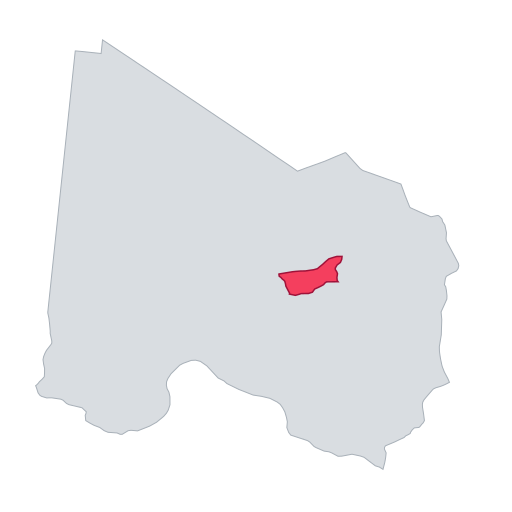 Sabha highlighted on a map of Libya, rotated 186°
{"feature_id": "LBY-2971", "entity_name": "Sabha", "entity_type": "Municipality", "adm_level": 1, "iso_a3": "LBY", "parent_name": "Libya", "parent_adm1": "", "projection": "mercator", "projection_center": [14.98, 26.993], "detail": "fine", "context": "in_parent", "style": "filled", "palette": "rose", "viewbox_px": 512, "rotation_deg": 186, "n_neighbors": 0, "source": "natural_earth", "source_scale": "10m", "svg_char_len": 3735}
<svg xmlns="http://www.w3.org/2000/svg" viewBox="0 0 512 512"><g transform="rotate(186 256 256)"><path d="M55.8,147.2L58.9,145.6L63.3,143.8L65.6,142.4L66.5,141.3L69.8,136.6L71.6,134.0L73.9,130.5L74.9,128.0L75.0,125.7L74.6,123.0L72.8,116.3L71.3,109.9L72.4,107.4L73.4,106.2L75.4,103.1L76.2,102.5L80.6,101.6L82.4,99.5L83.8,97.0L84.1,95.6L86.0,94.2L88.3,92.8L89.7,91.0L94.4,88.2L98.6,85.6L103.5,82.9L107.4,80.8L108.2,79.0L108.1,77.4L106.0,73.8L106.0,69.5L106.2,65.9L106.4,63.8L107.3,57.9L107.4,57.1L111.3,59.0L115.4,59.8L127.5,67.1L131.3,68.0L139.8,68.9L149.8,65.9L153.5,65.4L160.1,68.1L163.0,68.9L167.9,69.1L176.2,71.7L178.3,72.6L183.1,76.6L185.5,77.8L202.7,81.5L205.0,83.9L207.4,88.6L207.5,94.4L208.8,98.6L211.0,104.0L213.6,107.8L216.4,111.0L219.7,113.0L227.3,115.9L235.8,117.0L244.3,117.4L259.1,121.5L271.6,126.1L274.7,128.4L280.9,130.7L293.4,141.6L300.3,145.4L305.2,146.1L309.5,145.4L317.3,141.6L320.5,139.4L328.2,130.0L330.8,125.0L331.8,121.6L331.6,118.0L330.6,114.8L328.4,111.5L326.9,107.1L326.0,99.1L327.2,93.5L328.7,90.2L331.1,86.8L337.5,80.3L344.0,75.7L355.5,69.7L362.1,69.6L364.9,68.9L370.4,64.7L372.6,64.5L375.7,65.5L384.7,65.2L388.7,66.4L393.4,69.1L399.4,70.7L403.6,72.4L408.1,74.5L409.2,79.7L408.7,81.3L408.5,83.3L413.2,86.9L426.5,88.6L429.1,89.6L432.8,92.4L435.1,93.2L444.2,93.6L449.5,93.0L454.6,94.0L456.4,94.9L458.4,97.1L460.7,102.3L461.6,104.0L460.6,104.9L459.2,106.7L458.3,108.3L455.9,111.0L453.9,113.8L454.1,117.9L454.5,122.1L455.9,126.2L457.0,130.7L456.7,133.7L455.7,137.3L454.5,140.3L450.6,146.6L450.0,148.0L450.2,150.1L452.6,157.5L452.8,159.8L454.2,166.9L455.5,172.7L457.0,177.2L457.2,178.5L457.2,185.2L457.2,191.8L457.2,198.5L457.2,205.1L457.2,211.7L457.2,218.3L457.2,224.9L457.2,231.5L457.2,238.0L457.2,244.6L457.2,251.1L457.2,257.6L457.2,264.1L457.2,270.6L457.2,277.1L457.2,283.6L457.2,290.0L457.2,296.5L457.2,302.9L457.2,309.3L457.2,315.7L457.2,322.1L457.2,328.5L457.2,334.9L457.2,341.3L457.2,347.6L457.2,354.0L457.2,360.3L457.2,366.6L457.2,372.9L457.2,379.2L457.2,385.5L457.2,399.5L457.2,413.3L457.2,427.2L457.2,441.0L456.9,441.1L450.4,441.2L444.0,441.2L437.6,441.2L431.2,441.2L431.2,444.6L431.2,448.0L431.2,451.5L431.2,454.9L418.8,448.4L406.4,441.9L393.9,435.3L381.5,428.8L369.0,422.2L356.6,415.7L344.2,409.1L331.7,402.5L319.3,395.9L306.9,389.3L294.4,382.7L282.0,376.0L269.5,369.4L257.1,362.7L244.7,356.0L232.2,349.4L223.6,344.7L214.4,349.3L207.1,352.8L197.6,357.4L186.6,363.5L178.1,368.1L177.7,368.0L177.3,367.9L168.6,360.1L161.7,353.9L158.7,352.2L145.8,349.1L132.9,346.0L119.4,342.7L116.9,337.7L114.2,332.1L110.5,325.0L108.2,320.7L107.4,320.1L97.1,316.7L86.1,313.3L79.7,315.3L78.6,315.2L76.8,313.9L74.9,312.2L74.0,309.7L71.4,306.5L69.0,299.0L68.8,293.1L68.3,291.0L62.6,282.6L57.4,274.9L54.0,269.8L53.3,267.5L53.7,264.6L55.1,262.1L60.1,259.0L64.6,255.7L65.3,253.4L65.6,247.1L64.1,245.2L63.0,241.4L61.9,236.3L61.7,233.1L63.8,226.6L66.1,219.7L64.6,212.2L63.5,196.9L64.2,184.9L63.6,180.5L63.2,178.6L61.7,172.9L59.8,167.0L59.0,165.0L56.5,160.2L52.5,154.3L50.4,150.6L53.3,148.7L55.8,147.2Z" fill="#d9dde1" stroke="#a8b0b8" stroke-width="1"/><path d="M218.8,221.6L218.7,222.5L220.6,225.3L223.1,229.1L223.8,231.5L224.7,233.8L225.7,234.8L227.4,235.8L229.0,237.3L230.8,238.3L231.3,240.3L231.3,240.5L217.9,244.2L215.1,244.8L210.2,245.7L205.3,246.3L200.7,247.5L197.4,248.3L193.6,249.8L191.5,252.0L188.8,254.7L186.1,257.8L183.2,260.8L178.6,262.8L175.6,264.0L170.4,264.6L170.4,261.6L171.4,258.4L174.4,255.6L175.9,252.3L175.6,250.6L174.2,249.0L173.1,246.9L173.3,243.1L172.7,240.1L171.7,239.0L180.3,238.0L183.1,237.7L184.7,236.3L185.8,234.6L188.2,232.9L190.9,231.2L194.2,229.3L196.1,225.9L199.9,224.2L202.6,223.9L207.3,223.3L208.9,222.5L212.7,221.0L218.8,221.6Z" fill="#f43f5e" stroke="#9f1239" stroke-width="1.5"/></g></svg>